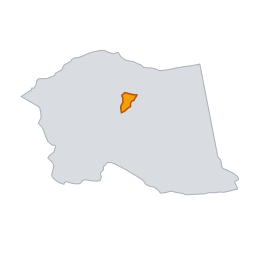 location of Buyende within Uganda, rotated 259°
{"feature_id": "UGA-5593", "entity_name": "Buyende", "entity_type": "District", "adm_level": 1, "iso_a3": "UGA", "parent_name": "Uganda", "parent_adm1": "", "projection": "natural_earth1", "projection_center": [33.195, 1.209], "detail": "fine", "context": "in_parent", "style": "filled", "palette": "amber", "viewbox_px": 256, "rotation_deg": 259, "n_neighbors": 0, "source": "natural_earth", "source_scale": "10m", "svg_char_len": 2782}
<svg xmlns="http://www.w3.org/2000/svg" viewBox="0 0 256 256"><g transform="rotate(259 128 128)"><path d="M177.1,210.7L173.8,210.7L168.5,210.7L163.1,210.7L157.8,210.7L152.4,210.7L147.1,210.7L141.7,210.7L136.4,210.7L131.1,210.7L125.7,210.7L120.4,210.7L115.0,210.7L109.7,210.7L104.4,210.7L99.0,210.7L93.7,210.7L88.3,210.7L85.2,210.7L84.5,210.6L84.1,210.4L82.1,210.8L80.0,212.4L77.8,213.0L75.4,212.8L75.1,212.9L73.9,212.9L72.2,212.8L70.6,213.2L69.4,214.5L68.2,216.8L66.0,219.4L64.3,221.8L62.8,223.4L59.5,226.1L57.7,226.9L56.8,226.8L56.2,226.3L55.2,222.8L54.5,222.3L48.0,224.0L47.1,224.1L47.2,223.0L46.7,214.8L46.6,209.8L47.5,206.7L47.9,203.0L48.0,199.9L49.2,194.4L48.7,191.2L50.3,179.8L50.7,177.9L51.3,172.4L52.2,170.7L53.1,170.0L54.2,166.7L56.3,161.3L57.8,158.5L57.5,152.4L57.7,148.3L58.1,147.3L61.2,145.8L65.3,142.0L67.0,137.5L69.4,134.6L74.1,132.7L88.1,117.3L94.6,109.0L97.4,104.7L97.5,103.2L98.1,101.2L96.9,99.6L95.6,98.2L95.1,96.9L94.0,96.2L92.3,96.3L91.2,95.3L90.0,93.4L88.7,92.3L84.7,92.4L81.7,90.4L81.7,87.8L82.9,82.7L85.2,76.8L85.4,75.2L85.0,73.8L84.5,72.6L83.4,71.5L82.5,70.1L83.2,65.8L84.7,61.7L85.9,59.6L87.1,57.3L86.7,55.4L85.0,54.4L85.9,52.6L87.7,49.5L91.3,46.3L94.4,44.2L96.5,44.2L100.6,45.9L104.3,47.8L106.3,47.9L108.8,47.1L113.8,43.6L115.1,44.7L116.6,46.8L118.2,50.4L121.4,52.0L122.9,53.1L124.0,53.4L124.6,53.1L125.8,50.4L127.3,48.9L130.0,46.9L136.0,45.4L140.2,45.0L142.0,44.6L145.1,43.7L149.9,40.9L154.6,44.6L159.7,45.3L164.6,45.2L166.2,44.1L167.0,43.3L172.2,37.2L179.3,29.1L183.9,40.6L185.6,41.3L185.3,42.3L184.9,43.2L188.0,46.0L191.8,47.5L193.1,48.9L193.3,50.4L192.0,57.2L192.2,59.1L193.4,65.8L195.7,67.3L197.7,74.1L201.7,77.0L202.3,77.8L203.2,81.1L204.5,84.7L205.4,85.6L206.0,85.8L207.2,89.6L206.5,91.7L207.5,98.3L209.0,104.1L209.4,111.1L209.4,114.1L209.3,116.0L209.0,118.7L208.3,120.2L207.0,121.7L205.6,124.0L204.3,126.6L203.5,127.8L204.2,131.6L204.0,132.5L203.7,133.0L201.8,133.6L199.5,134.6L198.1,135.6L196.1,137.5L194.5,139.6L192.3,145.7L188.8,150.4L188.2,152.0L184.8,154.8L183.4,158.3L182.4,162.5L181.1,165.6L178.3,169.8L177.6,176.4L177.7,189.7L177.0,204.7L177.1,210.7Z" fill="#d9dde1" stroke="#a8b0b8" stroke-width="1"/><path d="M160.1,138.3L159.6,139.1L159.6,139.5L159.8,140.0L159.4,140.9L159.0,141.8L158.9,143.0L157.7,142.4L156.8,141.4L155.4,140.0L154.7,139.7L154.0,139.1L153.8,137.6L153.4,136.2L151.1,135.0L148.8,134.7L147.9,133.0L147.6,131.9L146.9,130.9L146.7,130.2L145.5,128.6L144.9,127.1L144.3,124.5L148.9,124.6L149.3,125.0L149.9,124.8L150.4,125.1L152.0,126.0L153.1,126.9L153.9,127.9L156.2,128.2L158.6,128.7L159.9,128.2L161.3,128.2L161.7,128.7L162.1,129.4L162.4,130.6L163.2,131.1L163.2,132.0L162.9,132.9L162.3,133.8L161.9,134.8L161.4,135.6L160.9,136.6L161.0,137.1L160.9,137.5L160.1,138.3Z" fill="#f59e0b" stroke="#b45309" stroke-width="1.5"/></g></svg>